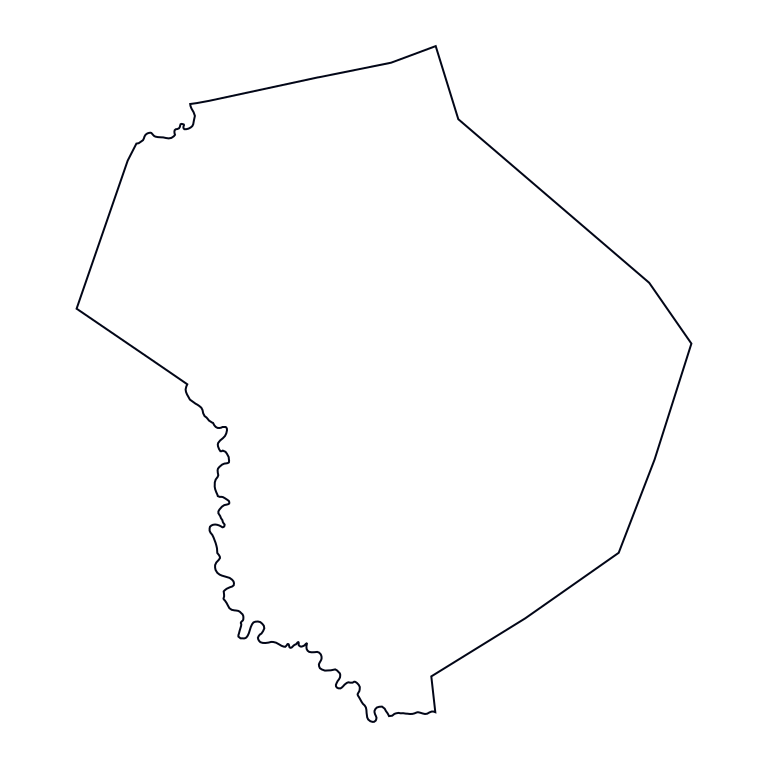 the district of Shaamar, Selenge, Mongolia
{"feature_id": "93677404B82499437232686", "entity_name": "Shaamar", "entity_type": "district", "adm_level": 2, "iso_a3": "MNG", "parent_name": "Mongolia", "parent_adm1": "Selenge", "projection": "orthographic", "projection_center": [106.157, 50.033], "detail": "fine", "context": "isolated", "style": "outline", "palette": "ink", "viewbox_px": 768, "rotation_deg": 0, "n_neighbors": 0, "source": "geoboundaries", "source_scale": "gbopen_adm2", "svg_char_len": 4885}
<svg xmlns="http://www.w3.org/2000/svg" viewBox="0 0 768 768"><path d="M435.7,46.1L391.1,62.7L318.7,77.3L318.3,77.3L209.3,100.8L196.8,103.1L190.2,104.0L190.5,106.0L191.5,108.6L193.6,112.2L194.9,115.9L194.4,118.2L193.9,120.5L193.2,124.3L192.3,126.1L190.8,127.4L188.6,128.6L186.2,129.2L184.4,129.2L183.7,128.5L183.4,127.6L183.5,126.5L184.0,125.1L183.8,124.5L182.7,124.1L181.6,123.9L180.6,124.2L180.2,125.3L179.9,126.8L179.0,128.3L177.4,129.0L175.7,129.3L174.7,130.2L174.4,131.5L174.5,133.1L175.0,134.8L173.9,136.2L171.4,137.9L168.7,138.4L165.9,138.0L163.2,137.4L160.9,137.3L157.8,137.1L155.3,136.6L153.9,135.8L151.4,133.0L150.4,132.7L149.0,132.9L147.4,133.4L145.6,134.7L144.5,136.5L143.9,138.4L143.0,140.2L141.3,141.4L138.7,143.2L136.4,143.6L127.7,160.6L76.6,308.7L158.6,364.6L187.3,384.3L186.9,385.2L186.3,386.5L185.6,389.4L186.0,391.9L187.0,394.4L188.8,397.6L189.9,399.6L194.2,402.7L195.4,403.6L197.4,404.7L199.3,406.0L201.3,407.7L202.5,410.0L203.2,413.3L204.6,416.1L206.5,417.5L208.1,419.4L208.9,420.5L212.3,422.7L213.0,422.9L213.4,423.6L214.3,425.3L215.7,426.9L217.5,427.9L219.3,428.0L221.1,427.7L222.5,427.0L224.0,427.0L225.6,427.0L226.3,427.5L226.9,428.7L227.0,430.2L226.3,433.3L225.0,436.0L222.9,438.2L220.1,440.5L218.2,442.9L217.8,444.4L218.0,446.3L219.1,449.2L220.4,451.2L221.7,451.2L222.8,450.6L225.5,451.8L226.9,453.7L228.7,457.1L228.8,458.5L229.1,460.8L228.9,462.4L227.7,463.1L226.1,463.4L224.4,463.6L222.1,464.6L219.4,466.9L218.0,468.6L217.6,470.2L217.8,472.8L218.3,475.2L217.6,477.0L215.7,479.5L214.8,482.4L214.7,486.7L215.2,489.3L216.3,492.3L217.4,494.7L217.8,496.1L219.8,496.9L221.2,496.8L222.9,497.1L224.7,498.1L227.0,499.6L228.8,500.9L229.3,502.2L229.2,503.5L228.4,504.1L226.7,504.6L224.3,505.1L221.9,506.7L219.4,509.6L218.4,511.4L218.4,513.3L220.2,516.1L221.0,518.2L222.4,520.2L222.7,521.6L223.1,522.6L224.6,524.5L224.5,525.5L224.2,526.5L223.3,527.1L222.4,527.3L221.2,526.5L219.3,525.5L217.2,524.8L215.1,524.5L213.0,524.8L211.4,525.5L210.0,526.7L209.6,528.4L209.6,530.7L210.5,532.7L212.3,534.9L213.6,537.6L215.6,542.9L216.4,545.7L217.0,548.4L217.2,551.5L217.3,553.0L218.9,555.0L219.8,556.6L220.0,558.0L218.9,559.7L216.3,562.5L215.1,565.1L215.1,567.7L215.6,570.0L217.3,572.8L219.6,574.6L221.9,575.6L226.3,576.9L229.6,577.9L232.1,579.7L233.5,581.4L234.0,583.2L233.7,585.3L232.2,586.5L229.8,587.3L226.6,588.8L224.6,590.4L223.7,591.4L224.1,594.8L224.1,596.5L223.5,598.5L223.8,599.4L224.9,600.5L226.6,603.0L227.9,605.5L229.4,608.2L231.7,609.8L234.6,610.4L236.0,610.5L238.3,610.9L239.9,611.8L241.2,613.1L242.6,614.4L243.3,616.1L243.4,617.6L243.3,619.3L242.9,620.4L242.0,621.2L241.0,622.3L240.8,623.0L241.3,624.2L241.1,625.9L240.3,628.6L239.6,630.9L238.9,633.7L238.4,635.1L238.4,636.6L240.5,638.3L244.3,638.4L245.6,638.0L246.5,637.3L247.7,635.7L248.9,633.1L249.6,630.8L250.8,627.0L252.1,624.2L253.5,622.4L255.4,621.7L257.9,621.5L260.3,622.1L262.2,623.7L263.8,625.7L264.3,628.3L263.1,631.1L261.4,633.6L259.9,634.5L258.6,636.2L257.9,637.8L258.3,639.5L259.2,641.0L260.4,642.2L262.7,642.9L265.4,643.0L268.5,642.6L271.2,641.9L273.3,642.0L276.1,642.7L279.7,644.7L281.5,645.8L283.7,646.6L285.2,646.8L286.1,646.0L286.8,645.2L287.4,644.2L287.9,644.0L288.5,644.2L288.8,644.6L289.0,645.4L289.3,646.6L289.5,647.2L290.3,647.8L291.1,647.7L291.8,647.4L292.7,646.5L293.8,645.4L295.1,644.6L296.0,644.3L296.9,643.3L297.4,642.6L298.2,642.1L298.6,642.4L298.7,643.0L298.7,643.8L298.6,644.9L299.2,645.7L300.4,646.5L301.6,646.6L302.5,646.3L304.0,645.7L304.9,644.9L305.9,643.8L306.6,643.4L306.9,643.6L306.8,644.3L306.6,645.3L306.4,646.6L306.6,648.9L307.6,650.7L309.2,651.9L311.6,652.3L314.5,652.2L317.2,651.9L319.1,652.6L320.8,654.4L321.5,656.4L321.6,658.2L321.3,659.6L320.6,661.0L319.7,662.5L318.9,664.3L319.1,666.3L319.9,668.2L321.9,669.5L324.9,670.6L330.9,670.3L335.2,669.4L337.0,670.4L339.8,673.3L340.2,674.5L340.2,675.8L340.0,677.4L339.0,679.3L337.6,681.1L336.6,683.1L335.9,684.9L336.0,686.3L336.8,687.5L338.3,688.3L340.4,688.4L341.6,687.7L343.0,686.4L344.6,684.6L346.8,682.9L348.4,682.3L350.4,682.7L352.5,682.7L353.2,682.3L354.2,681.7L355.4,681.9L357.1,683.1L358.8,685.0L359.8,687.0L359.7,689.4L359.3,691.2L358.3,692.8L357.6,694.2L357.9,695.5L358.9,697.0L360.2,699.3L361.5,701.7L362.9,703.8L364.7,705.5L365.9,707.5L366.4,709.9L366.6,713.0L367.2,717.4L368.2,719.5L370.3,721.2L372.6,721.9L374.1,721.8L375.7,720.6L376.2,719.4L376.5,717.8L375.9,716.0L375.0,714.1L374.5,712.2L374.5,710.9L375.4,709.0L376.9,707.5L379.2,706.8L382.0,706.6L384.7,708.7L385.9,711.0L387.5,713.2L388.3,714.6L389.0,716.1L392.2,715.7L394.4,713.9L396.2,713.3L398.6,712.9L400.5,713.3L403.2,713.2L405.7,713.6L407.5,713.7L410.0,714.0L412.4,713.9L414.4,713.4L416.6,712.5L417.9,712.2L419.8,712.6L422.8,713.5L425.0,714.0L427.2,713.7L429.5,712.4L431.8,711.5L433.3,711.5L435.3,712.2L431.3,676.4L525.3,618.3L618.7,552.8L654.6,459.5L691.4,343.6L649.2,282.8L458.3,119.2L435.7,46.1Z" fill="none" stroke="#020617" stroke-width="2"/></svg>